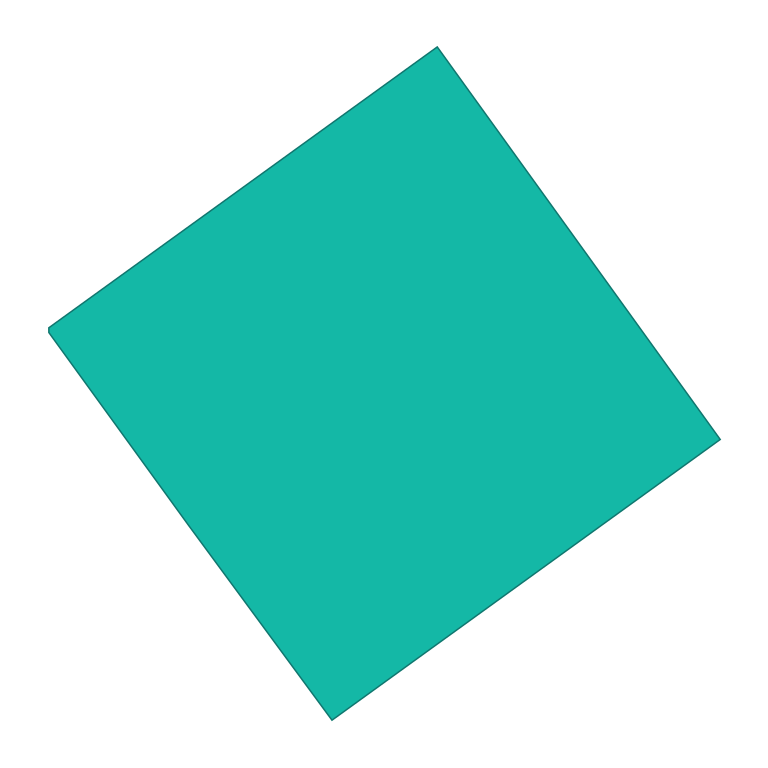 Saline, Nebraska, United States of America, rotated 144°
{"feature_id": "52423323B35971436887727", "entity_name": "Saline", "entity_type": "district", "adm_level": 2, "iso_a3": "USA", "parent_name": "United States of America", "parent_adm1": "Nebraska", "projection": "albers", "projection_center": [-97.109, 40.524], "detail": "fine", "context": "isolated", "style": "filled", "palette": "teal", "viewbox_px": 768, "rotation_deg": 144, "n_neighbors": 0, "source": "geoboundaries", "source_scale": "gbopen_adm2", "svg_char_len": 255}
<svg xmlns="http://www.w3.org/2000/svg" viewBox="0 0 768 768"><g transform="rotate(144 384 384)"><path d="M144.6,141.5L142.8,625.4L622.1,626.5L624.9,622.6L625.2,384.8L623.7,142.6L144.6,141.5Z" fill="#14b8a6" stroke="#0f766e" stroke-width="1.5"/></g></svg>